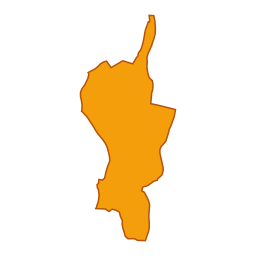 Aflah Al Yaman, Hajjah, Yemen (Equal Earth projection)
{"feature_id": "15242507B79499976279542", "entity_name": "Aflah Al Yaman", "entity_type": "district", "adm_level": 2, "iso_a3": "YEM", "parent_name": "Yemen", "parent_adm1": "Hajjah", "projection": "equal_earth", "projection_center": [43.407, 15.98], "detail": "fine", "context": "isolated", "style": "filled", "palette": "amber", "viewbox_px": 256, "rotation_deg": 0, "n_neighbors": 0, "source": "geoboundaries", "source_scale": "gbopen_adm2", "svg_char_len": 3581}
<svg xmlns="http://www.w3.org/2000/svg" viewBox="0 0 256 256"><path d="M153.7,15.6L149.1,15.4L149.7,20.1L149.6,21.6L149.5,21.9L149.1,22.0L148.6,21.8L148.2,21.9L147.1,25.4L146.6,26.8L145.6,29.2L144.7,33.3L144.1,37.3L143.2,41.6L143.2,41.9L142.7,43.8L142.2,45.5L140.9,49.5L138.6,52.7L137.8,55.9L135.9,58.4L132.8,63.8L127.4,62.3L123.5,60.9L122.6,60.9L112.3,66.9L111.1,67.6L106.5,61.1L105.7,61.3L103.3,62.1L100.3,64.0L97.6,66.8L94.9,69.0L91.6,70.7L88.6,72.3L88.1,72.6L88.8,74.2L87.9,78.3L86.2,81.9L84.4,85.5L83.6,86.5L82.1,88.5L80.5,92.2L80.5,96.5L81.5,100.9L81.7,102.6L82.1,105.3L81.9,109.6L81.5,111.1L82.1,111.5L82.3,111.9L82.8,112.3L83.2,112.7L83.6,113.2L84.1,113.7L84.5,114.1L84.9,114.6L85.5,115.2L86.0,115.7L86.5,116.3L87.0,116.9L87.4,117.4L87.7,117.9L88.0,118.2L88.2,118.7L88.6,119.2L89.0,119.8L89.5,120.7L89.8,121.1L90.1,121.6L90.4,122.0L90.6,122.3L90.8,122.7L91.2,123.1L91.4,123.6L91.7,124.0L92.2,124.6L92.5,125.1L92.8,125.6L93.3,126.4L93.7,127.2L94.1,127.8L94.5,128.4L94.8,129.1L95.3,129.9L95.8,130.6L96.2,131.3L96.4,131.7L96.7,132.1L97.4,133.0L97.7,133.5L98.0,134.0L98.5,134.5L98.9,135.0L99.4,135.5L99.6,135.9L99.9,136.1L100.5,136.9L100.9,137.3L101.4,137.9L101.9,138.7L102.2,138.9L102.5,139.4L102.8,139.7L103.3,140.3L103.6,140.8L104.1,141.5L104.5,142.1L104.7,142.4L105.0,142.8L105.1,143.1L105.3,143.5L105.6,144.1L106.0,144.6L106.2,145.2L106.4,145.6L106.7,146.2L106.9,146.6L107.0,147.0L107.2,147.6L107.4,148.0L107.6,148.7L107.8,149.8L108.1,150.8L108.4,151.8L108.6,152.5L108.9,154.0L109.0,154.6L109.2,155.0L109.3,156.1L109.5,156.9L109.6,157.8L109.6,158.5L109.7,159.2L109.7,159.6L109.7,160.2L109.7,161.0L109.6,161.4L109.4,161.8L109.2,162.3L108.8,163.5L108.4,164.3L108.1,165.2L107.8,166.0L107.6,166.6L107.3,167.4L107.1,168.1L106.8,169.0L106.8,169.7L106.5,170.3L106.4,170.7L106.1,171.5L106.0,172.0L105.8,172.7L105.6,173.6L105.5,174.2L105.3,174.7L105.3,175.2L105.1,176.0L105.0,176.6L104.9,177.0L104.7,177.7L104.5,178.3L104.2,178.5L103.8,178.7L103.5,179.0L102.5,180.1L98.9,179.5L98.5,183.1L98.2,183.3L97.9,183.8L97.7,184.2L97.0,184.7L97.3,186.5L97.3,187.2L97.3,187.8L98.4,189.2L98.4,190.9L98.6,191.5L98.8,192.3L98.8,192.9L98.9,193.5L98.9,194.4L99.1,194.7L99.1,195.2L99.1,196.0L98.7,197.4L98.8,198.9L98.6,199.6L98.4,200.3L98.3,200.9L98.2,201.4L98.2,201.9L98.0,202.2L97.9,202.7L97.7,203.3L97.5,203.8L97.3,204.4L97.1,204.9L97.0,205.4L96.7,206.2L96.7,206.7L96.5,207.3L96.3,207.8L96.2,208.3L95.0,208.6L98.5,208.7L99.0,208.7L102.2,208.8L105.5,209.1L109.0,211.5L112.1,209.2L115.0,209.9L115.4,209.9L119.4,212.2L120.5,216.7L122.1,220.0L122.4,220.6L122.1,224.2L123.0,228.6L124.5,233.1L125.3,236.4L127.8,238.5L128.1,238.7L131.5,238.7L134.7,238.8L137.7,240.4L141.1,240.5L144.4,240.6L145.4,240.6L147.1,235.5L148.7,231.0L148.8,230.4L149.3,227.4L149.3,223.3L148.9,218.2L148.8,215.0L149.1,211.8L149.6,205.1L149.5,204.6L148.5,200.6L146.9,197.1L144.3,192.2L141.8,191.0L142.6,187.4L143.8,186.7L144.7,186.5L147.5,185.7L153.9,181.2L155.9,180.6L157.3,180.2L158.0,178.5L161.8,175.2L163.2,170.5L163.1,167.4L162.7,165.7L161.8,161.8L161.7,161.4L159.9,153.3L159.9,149.7L160.9,146.9L162.6,145.0L163.3,144.2L165.8,141.3L167.1,137.3L168.4,133.1L168.7,131.9L169.3,129.2L171.1,125.4L172.4,121.7L173.5,118.7L173.9,117.8L174.8,113.7L175.5,109.6L170.1,108.2L159.3,105.5L150.7,103.6L150.9,102.1L151.3,97.8L151.6,93.6L152.7,89.4L153.0,84.9L152.4,80.8L149.3,77.7L148.2,74.5L147.3,70.3L146.9,66.2L147.3,61.9L146.9,57.8L148.0,53.7L148.1,53.3L150.0,49.3L150.5,48.2L151.6,45.7L152.8,41.7L154.2,37.8L155.2,33.7L155.4,29.5L155.2,25.2L155.1,23.9L154.9,21.1L153.7,15.6Z" fill="#f59e0b" stroke="#b45309" stroke-width="1.5"/></svg>